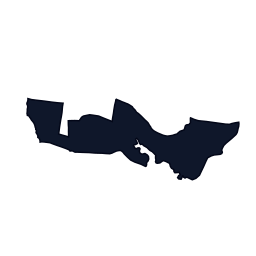 Nain Feto, Dili, East Timor, rotated 290°
{"feature_id": "22284137B75963303915609", "entity_name": "Nain Feto", "entity_type": "district", "adm_level": 2, "iso_a3": "TLS", "parent_name": "East Timor", "parent_adm1": "Dili", "projection": "equal_earth", "projection_center": [125.588, -8.569], "detail": "fine", "context": "isolated", "style": "filled", "palette": "ink", "viewbox_px": 256, "rotation_deg": 290, "n_neighbors": 0, "source": "geoboundaries", "source_scale": "gbopen_adm2", "svg_char_len": 4110}
<svg xmlns="http://www.w3.org/2000/svg" viewBox="0 0 256 256"><g transform="rotate(290 128 128)"><path d="M171.3,230.1L169.7,227.2L167.7,224.0L166.2,222.2L165.0,218.4L164.1,214.2L162.4,206.4L160.9,199.4L159.2,192.8L158.9,191.3L158.8,189.6L158.7,187.0L158.9,184.4L158.9,183.3L158.2,183.4L156.4,184.1L154.3,184.9L152.1,184.1L151.0,182.0L150.0,181.2L148.6,181.2L147.0,181.4L145.2,181.2L143.9,179.5L142.8,178.1L141.1,177.1L138.9,175.9L138.1,174.6L136.4,172.5L134.9,169.9L133.8,167.7L133.4,165.4L133.2,163.3L133.5,157.5L134.0,154.0L134.6,152.0L135.6,150.0L137.0,148.6L137.7,147.4L139.6,145.2L140.6,143.2L141.2,141.6L143.8,136.1L145.2,132.7L145.7,130.6L147.3,128.5L148.5,125.9L149.4,124.8L149.9,122.8L150.5,119.6L150.5,117.7L150.6,115.9L150.6,113.2L150.8,111.3L150.9,108.4L151.0,107.2L150.1,106.9L149.4,107.2L144.8,107.7L140.5,108.5L136.9,109.3L131.8,110.2L128.7,110.9L128.9,103.2L129.0,100.6L129.2,96.4L128.0,90.4L127.3,87.4L125.6,84.6L124.0,82.1L123.1,81.3L122.1,80.7L121.0,80.4L119.5,80.1L118.0,79.5L117.5,77.6L116.8,75.5L115.8,72.9L114.4,69.4L111.0,70.7L109.6,71.3L108.1,72.0L104.1,73.4L102.1,74.2L99.3,75.2L99.1,71.9L98.7,67.0L98.7,64.9L105.8,63.3L112.4,62.0L116.1,61.4L119.8,60.7L125.7,59.1L129.1,58.5L127.8,53.9L126.4,48.2L124.6,40.0L122.7,32.1L121.7,27.6L121.4,23.9L121.1,24.0L120.7,24.2L120.4,24.3L120.1,24.4L119.9,24.5L119.7,24.5L119.3,24.5L118.3,24.6L117.9,24.6L117.7,24.6L117.1,24.5L116.9,24.5L116.7,24.6L116.2,24.7L116.0,24.8L115.7,25.0L115.4,25.3L115.1,25.6L114.9,25.8L114.6,26.1L114.1,26.3L113.8,26.4L113.3,26.6L112.8,26.7L112.7,26.8L112.2,26.8L111.9,26.8L111.7,26.9L111.4,26.9L111.2,27.0L110.6,27.1L110.3,27.3L109.6,27.5L108.6,27.8L108.2,27.9L108.0,28.0L107.7,28.0L107.4,28.1L107.2,28.1L106.8,28.3L106.3,28.7L106.1,28.8L105.7,28.9L105.6,29.0L105.4,29.2L105.8,30.3L105.7,30.4L105.5,30.6L105.4,30.8L105.2,30.9L105.1,31.2L104.8,31.5L104.0,32.7L103.8,33.1L103.6,33.2L103.5,33.4L103.2,33.7L102.9,34.1L102.7,34.3L102.3,34.9L102.2,35.1L101.7,36.0L101.5,36.4L101.3,36.6L101.2,36.8L101.0,37.1L100.9,37.3L100.7,37.5L100.3,38.1L100.1,38.2L100.0,38.4L99.8,38.5L99.7,38.7L99.5,38.8L99.1,39.2L98.9,39.3L98.7,39.5L98.4,39.8L98.2,39.9L97.9,40.0L97.5,40.3L97.1,40.5L96.9,40.8L96.6,41.0L96.4,41.2L96.2,41.3L95.6,41.6L95.1,41.8L95.0,42.3L94.5,42.6L93.6,43.1L92.7,43.0L92.0,43.4L91.9,43.8L89.6,46.3L88.9,46.2L88.3,46.5L88.1,47.6L87.4,48.6L86.5,49.3L86.0,49.7L84.7,50.2L85.5,51.6L86.2,54.0L87.2,58.4L87.5,59.9L87.4,61.8L87.4,67.4L87.5,71.4L87.5,76.3L87.4,78.9L87.4,80.3L86.9,80.6L86.8,80.8L86.6,81.0L86.6,81.4L86.7,81.7L86.8,82.1L86.9,82.3L87.2,82.3L87.3,82.5L87.5,83.7L87.2,86.2L87.3,86.8L87.9,88.3L89.3,92.8L91.7,100.1L93.0,104.9L94.2,108.6L95.4,112.1L96.4,115.8L97.6,119.7L98.3,120.6L98.9,121.5L100.1,122.6L102.5,125.1L103.9,127.5L104.3,128.9L104.3,129.6L103.5,131.7L102.5,133.2L100.4,137.6L98.8,141.5L98.3,146.1L98.4,152.7L97.9,157.6L98.4,158.1L99.4,158.1L100.7,157.8L101.5,157.2L103.9,158.1L105.9,158.1L108.3,156.9L109.3,155.2L109.8,152.6L109.0,151.4L108.1,149.9L108.7,147.6L110.3,146.5L111.9,146.5L112.7,146.3L113.2,145.6L112.7,144.1L111.5,143.1L111.4,141.2L112.1,140.8L113.1,139.3L114.0,139.1L115.1,140.8L116.6,142.1L117.8,141.3L119.3,139.6L120.2,139.0L121.3,139.8L120.6,141.2L119.7,142.3L117.9,143.8L116.8,145.3L117.7,146.8L116.7,149.1L116.6,150.1L116.1,152.7L115.0,155.0L114.4,156.5L114.1,158.8L113.1,161.0L111.8,163.5L110.4,163.7L108.9,164.3L107.5,165.2L105.7,165.4L104.8,166.4L104.9,167.6L106.1,169.9L107.4,170.8L108.8,171.7L109.5,172.7L109.5,175.3L109.0,179.1L107.9,180.0L106.5,180.9L105.1,182.6L104.6,185.2L102.7,186.2L102.0,187.4L102.7,189.0L103.8,191.3L102.0,193.0L100.6,191.9L98.3,191.6L97.5,193.1L98.0,195.4L100.6,195.7L101.7,195.6L101.7,196.4L100.8,197.1L100.5,198.7L101.5,199.4L101.9,200.8L101.4,205.6L101.4,206.2L103.9,209.0L108.1,211.3L111.4,211.6L117.6,212.2L123.3,212.6L127.2,213.0L130.3,215.8L132.1,218.1L133.8,221.6L134.8,223.6L136.0,224.8L137.2,225.0L138.1,224.5L139.0,223.7L140.7,223.5L143.0,223.8L144.4,224.0L147.4,225.4L153.6,229.0L158.6,231.6L159.7,231.9L161.3,232.1L163.3,231.9L165.2,231.6L167.2,231.5L169.9,230.8L171.3,230.1Z" fill="#0f172a" stroke="#020617" stroke-width="1.5"/></g></svg>